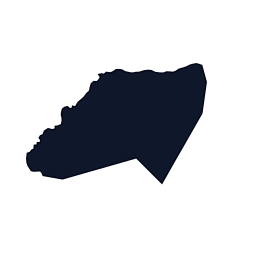 São Vicente do Seridó, Paraíba, Brazil (Mercator projection), rotated 311°
{"feature_id": "56859067B58520113150503", "entity_name": "São Vicente do Seridó", "entity_type": "district", "adm_level": 2, "iso_a3": "BRA", "parent_name": "Brazil", "parent_adm1": "Paraíba", "projection": "mercator", "projection_center": [-36.456, -6.916], "detail": "fine", "context": "isolated", "style": "filled", "palette": "ink", "viewbox_px": 256, "rotation_deg": 311, "n_neighbors": 0, "source": "geoboundaries", "source_scale": "gbopen_adm2", "svg_char_len": 1175}
<svg xmlns="http://www.w3.org/2000/svg" viewBox="0 0 256 256"><g transform="rotate(311 128 128)"><path d="M36.6,95.1L46.7,111.9L111.1,153.8L108.6,189.8L134.2,184.6L146.5,182.2L187.6,174.0L213.9,156.9L223.5,142.6L222.2,139.3L221.1,137.3L218.4,135.2L215.8,133.5L212.9,132.4L210.0,130.8L207.8,129.3L205.5,127.9L202.4,127.1L199.5,125.6L197.8,123.2L195.6,120.4L192.7,118.9L190.2,115.9L187.7,112.2L186.5,108.0L184.7,105.4L181.6,102.7L177.2,99.9L175.2,97.7L172.9,96.0L171.3,94.1L168.5,89.1L167.6,85.1L166.2,83.1L164.2,80.8L161.1,80.1L158.2,78.8L155.6,75.1L152.7,74.9L151.5,72.6L149.2,70.9L148.3,74.0L144.9,74.5L142.5,74.3L140.6,71.8L137.5,71.3L133.8,73.0L130.8,74.8L126.7,74.3L122.9,74.7L120.5,74.5L117.5,74.0L114.7,73.6L112.1,74.0L109.3,74.6L108.2,72.0L105.8,73.0L104.3,71.1L104.3,68.3L102.0,66.7L99.3,66.2L96.5,67.6L94.4,69.0L92.5,71.7L90.3,73.7L87.0,75.6L83.6,74.0L81.5,72.1L79.8,73.9L76.9,72.0L75.0,68.2L70.8,67.0L67.3,68.4L64.6,67.1L62.4,67.5L61.6,70.4L59.0,71.3L57.6,69.3L55.4,70.6L53.5,68.7L50.6,70.9L47.8,69.9L45.3,70.2L42.9,68.7L38.5,71.7L35.7,74.6L34.3,76.9L32.5,82.8L33.6,85.0L38.3,89.9L37.9,92.5L36.6,95.1Z" fill="#0f172a" stroke="#020617" stroke-width="1.5"/></g></svg>